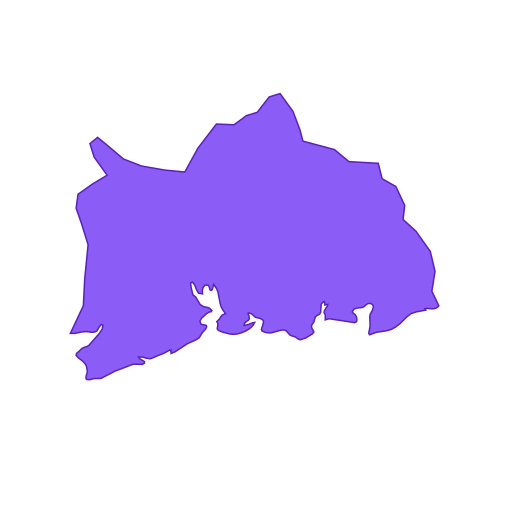 outline of Boeny, rotated 195°
{"feature_id": "MDG-5870", "entity_name": "Boeny", "entity_type": "Autonomous Province", "adm_level": 1, "iso_a3": "MDG", "parent_name": "Madagascar", "parent_adm1": "", "projection": "orthographic", "projection_center": [46.116, -16.217], "detail": "fine", "context": "isolated", "style": "filled", "palette": "violet", "viewbox_px": 512, "rotation_deg": 195, "n_neighbors": 0, "source": "natural_earth", "source_scale": "10m", "svg_char_len": 3280}
<svg xmlns="http://www.w3.org/2000/svg" viewBox="0 0 512 512"><g transform="rotate(195 256 256)"><path d="M66.5,255.2L67.4,253.6L68.5,252.3L70.7,251.0L72.8,250.4L77.2,249.7L79.2,248.8L78.0,247.7L86.9,243.4L91.3,240.5L94.3,236.6L99.5,227.8L102.9,223.4L106.3,220.1L110.5,217.6L119.9,213.5L125.9,209.3L127.0,210.3L127.3,212.6L127.6,217.7L130.3,226.5L130.5,227.3L130.6,228.8L130.5,229.9L129.6,233.2L129.4,235.9L129.7,238.0L130.9,239.3L133.3,239.8L135.6,239.0L137.1,237.3L138.4,235.2L140.1,233.7L145.3,231.7L147.5,230.1L148.5,227.6L148.1,226.3L145.1,225.1L143.2,223.2L142.0,220.5L141.9,218.5L143.3,217.2L168.4,214.4L169.4,214.1L170.6,213.5L172.6,212.2L173.7,216.7L174.9,218.3L175.5,218.7L175.7,219.3L175.7,221.6L174.1,226.2L174.2,227.8L176.9,226.5L177.9,229.6L179.1,229.2L180.5,226.5L179.0,218.2L179.4,216.5L181.9,214.0L183.0,212.2L182.9,211.8L183.0,207.7L183.3,206.3L183.9,205.1L184.2,203.9L184.2,202.3L183.0,200.2L181.3,198.9L180.4,197.4L181.5,195.2L186.5,189.9L191.5,186.6L193.1,186.5L195.7,187.5L198.0,188.1L200.3,188.1L202.6,188.4L208.2,191.9L211.6,191.4L221.0,185.9L222.9,185.2L225.0,184.8L227.4,184.6L230.7,185.1L231.8,186.5L231.6,191.8L231.7,194.3L232.3,195.6L233.5,196.2L235.7,196.7L237.0,196.8L239.7,196.6L241.0,196.7L245.2,199.0L248.7,199.1L248.7,198.1L247.2,196.2L246.2,193.4L246.9,191.7L248.3,190.3L249.5,188.6L249.5,185.8L245.8,187.7L242.2,190.5L240.1,191.5L241.0,188.0L243.2,184.4L246.4,181.0L250.0,178.2L253.6,176.0L257.1,174.6L260.8,173.9L268.4,173.8L272.3,174.3L274.1,175.0L274.8,176.1L274.8,177.9L275.0,179.6L275.6,181.1L276.9,182.5L275.1,185.4L274.4,188.0L273.3,190.3L270.5,192.4L273.8,195.1L276.3,197.6L278.2,200.6L283.6,211.7L286.1,214.7L289.5,217.6L289.6,216.0L289.5,214.0L289.6,212.1L290.5,211.0L291.7,211.4L293.5,214.5L294.7,215.4L297.7,214.7L299.0,211.9L298.9,208.5L297.8,205.6L301.9,205.2L304.8,208.1L307.5,211.9L310.6,214.3L312.2,213.1L310.5,208.8L306.9,202.2L303.8,200.9L297.5,194.8L293.7,193.5L288.7,193.8L287.3,193.5L284.5,191.8L284.8,190.7L286.7,189.7L288.5,188.0L292.6,181.6L293.3,178.5L291.6,176.0L289.9,175.8L287.8,176.1L286.0,176.1L285.3,174.9L285.8,172.3L288.0,168.0L289.8,162.1L292.7,159.1L299.5,153.6L309.3,142.6L312.8,139.9L313.1,140.8L313.4,141.4L313.7,142.2L313.8,143.2L315.5,142.3L319.7,138.3L326.2,133.5L328.1,131.8L331.7,129.3L335.8,128.9L339.8,129.0L343.3,127.9L341.3,126.5L336.5,125.2L336.0,123.7L337.6,121.9L346.5,119.8L362.4,108.3L374.1,97.6L380.6,95.7L384.9,93.4L387.3,92.9L388.3,93.4L388.8,94.6L389.0,96.1L388.9,100.3L389.2,101.2L391.0,105.2L392.2,106.8L393.9,108.2L396.3,109.6L401.5,111.8L404.1,113.5L404.1,115.5L402.6,117.6L400.3,121.6L398.3,123.3L395.9,124.8L394.3,126.5L387.4,140.4L385.6,145.7L386.0,149.5L387.7,149.9L388.8,147.6L390.3,142.4L392.1,140.8L394.9,139.8L400.4,139.1L405.6,137.1L410.5,134.5L415.3,133.2L409.9,163.3L415.5,189.4L421.1,223.4L432.5,241.5L442.1,255.6L443.9,269.6L432.3,283.5L420.7,295.5L437.9,309.6L445.5,321.6L439.7,329.6L426.3,323.5L409.1,315.4L389.9,313.3L366.9,315.3L346.5,318.7L340.0,345.2L328.4,373.2L311.2,377.1L301.6,389.1L292.0,395.1L284.4,413.1L274.8,419.1L257.6,405.1L246.1,389.1L240.4,379.1L207.8,379.1L190.6,371.2L161.9,377.2L154.2,363.3L138.9,359.3L125.4,343.3L123.4,329.3L108.0,321.4L88.8,305.5L79.1,287.5L77.0,267.5L66.5,255.2Z" fill="#8b5cf6" stroke="#5b21b6" stroke-width="1.5"/></g></svg>